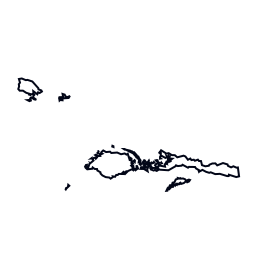 the district of Kavieng District, New Ireland, Papua New Guinea, rotated 342°
{"feature_id": "67681753B13414924819531", "entity_name": "Kavieng District", "entity_type": "district", "adm_level": 2, "iso_a3": "PNG", "parent_name": "Papua New Guinea", "parent_adm1": "New Ireland", "projection": "mercator", "projection_center": [150.489, -2.205], "detail": "fine", "context": "isolated", "style": "outline", "palette": "ink", "viewbox_px": 256, "rotation_deg": 342, "n_neighbors": 0, "source": "geoboundaries", "source_scale": "gbopen_adm2", "svg_char_len": 6009}
<svg xmlns="http://www.w3.org/2000/svg" viewBox="0 0 256 256"><g transform="rotate(342 128 128)"><path d="M99.7,144.1L97.5,141.7L95.3,142.7L94.6,143.5L95.6,144.5L94.0,144.7L93.0,143.8L93.0,146.0L89.7,145.1L89.6,146.3L88.0,147.2L87.9,146.1L86.3,145.9L84.7,147.2L85.1,148.3L80.3,150.2L77.6,153.7L77.0,153.2L77.7,152.0L76.8,151.1L77.4,150.3L76.6,150.2L75.2,151.5L75.4,152.8L76.5,154.7L81.4,155.7L82.2,154.6L83.6,156.6L85.9,157.5L85.7,158.9L88.1,161.6L87.8,162.8L89.0,165.2L91.6,167.8L95.0,169.4L95.8,170.8L98.6,170.0L98.6,169.3L100.6,170.4L102.3,169.0L103.7,169.5L105.0,168.8L108.7,170.1L108.4,169.2L110.3,168.3L110.9,169.2L111.3,168.4L111.1,169.8L113.0,168.6L113.8,169.0L111.0,170.1L111.2,170.7L114.8,168.9L120.5,168.3L120.9,166.8L120.1,166.7L119.6,165.2L120.3,165.4L120.3,162.9L121.9,158.2L120.9,157.0L119.7,159.8L119.8,152.4L118.3,152.8L117.0,151.2L113.3,150.8L110.1,148.0L104.4,146.6L103.6,145.0L99.7,144.1ZM220.3,199.5L219.0,199.3L216.4,197.0L213.9,197.3L211.4,194.9L211.4,193.4L207.5,190.7L201.3,191.1L200.2,188.7L197.3,187.8L194.0,188.1L193.2,188.9L189.7,188.3L186.9,186.2L187.2,182.0L185.3,181.3L184.7,179.7L181.5,179.8L180.8,178.5L178.4,178.1L177.8,176.3L175.2,176.7L173.8,172.8L172.3,171.5L165.8,171.1L164.1,168.3L161.4,167.4L158.9,164.5L156.6,164.2L152.6,159.4L151.4,160.4L151.6,161.8L150.2,165.1L151.4,164.9L154.3,168.0L156.3,167.7L156.2,166.8L157.2,167.9L158.0,166.8L158.8,168.2L158.4,168.7L156.9,169.0L156.5,168.9L156.3,170.1L156.7,170.5L157.7,169.7L160.6,170.9L157.5,172.0L159.1,172.7L156.7,172.9L156.0,172.3L154.9,173.2L154.1,172.0L153.1,173.0L153.4,174.0L152.5,173.4L151.6,174.1L151.3,176.2L146.1,173.3L143.5,175.4L145.4,177.5L153.4,180.7L162.1,178.9L161.5,177.8L163.6,179.6L167.4,180.4L168.5,179.8L172.8,184.3L173.9,183.8L179.7,185.8L180.2,187.5L183.6,191.3L185.8,190.8L188.7,193.8L191.4,195.7L193.0,195.7L196.7,198.8L201.2,200.0L207.5,204.4L208.9,204.8L209.5,203.6L215.8,208.1L218.7,208.3L220.3,199.5ZM45.6,50.9L42.3,48.1L39.4,47.7L39.3,51.5L37.7,52.6L37.3,54.8L35.7,57.0L36.5,59.0L39.6,60.0L42.1,63.1L46.6,66.2L48.8,65.9L49.3,63.7L52.2,67.9L53.5,66.3L54.8,67.4L57.4,66.7L57.2,65.5L54.8,63.6L55.0,62.4L51.4,54.2L47.3,51.2L45.6,50.9ZM159.9,190.9L159.7,191.7L157.5,191.7L155.5,193.9L153.5,193.8L152.0,195.9L150.2,195.4L147.4,198.4L148.3,199.0L151.1,197.4L152.5,197.9L153.1,197.0L154.6,197.0L153.5,196.1L154.2,195.4L155.0,196.5L156.3,196.1L156.8,196.9L157.2,196.2L159.1,197.3L160.7,197.2L160.7,196.5L159.2,196.6L161.0,196.2L161.5,197.6L164.1,197.6L166.9,196.5L167.5,197.9L169.5,197.7L170.9,196.6L170.0,195.9L166.8,196.0L166.5,194.5L164.9,193.1L161.7,192.2L159.9,190.9ZM78.3,78.7L78.1,76.7L76.3,75.4L75.9,78.6L72.3,77.5L71.9,78.0L73.1,79.4L72.1,80.4L74.3,81.4L74.8,79.6L80.8,81.1L82.7,79.5L80.3,80.0L78.3,78.7ZM131.2,170.0L128.1,169.5L127.4,170.8L130.5,171.9L133.3,175.2L133.4,173.6L135.0,171.2L132.2,171.2L131.2,170.0ZM137.5,173.2L136.9,174.5L139.3,176.4L140.3,176.2L142.1,177.7L144.7,177.0L141.0,174.2L137.5,173.2ZM146.4,172.6L145.0,170.5L142.2,171.7L143.2,174.9L146.4,172.6ZM135.7,168.6L134.0,164.3L131.9,165.9L132.2,167.0L133.7,167.3L135.1,168.9L135.7,168.6ZM127.8,156.3L126.3,152.9L124.5,152.2L126.2,156.5L126.9,157.2L127.8,156.3ZM128.6,160.4L129.2,160.1L129.0,158.3L127.7,157.1L126.8,157.3L126.8,158.5L128.6,160.4ZM47.1,69.4L44.8,69.1L44.4,69.5L45.9,69.4L47.6,71.8L49.5,72.8L47.1,69.4ZM129.3,164.6L129.7,162.8L128.6,161.9L127.5,164.0L129.3,164.6ZM123.0,150.2L119.2,147.9L123.1,151.8L123.0,150.2ZM44.2,71.1L41.0,70.4L42.6,72.0L44.1,71.9L44.2,71.1ZM138.1,168.0L137.0,168.3L137.2,169.8L138.8,169.0L138.1,168.0ZM121.7,169.1L121.2,168.5L119.3,168.9L120.1,170.0L121.7,169.1ZM125.0,169.4L124.9,167.1L124.4,166.9L123.8,168.5L125.0,169.4ZM123.9,169.2L121.9,169.2L122.2,170.5L124.0,169.8L123.9,169.2ZM133.5,164.3L133.2,163.8L131.5,165.1L131.0,166.4L133.5,164.3ZM124.3,160.6L123.1,161.1L123.9,162.5L124.5,161.2L124.3,160.6ZM54.3,164.8L53.6,163.6L52.6,165.6L54.3,164.8ZM146.1,199.8L146.8,198.9L146.7,197.9L145.1,199.6L146.1,199.8ZM123.9,151.0L123.3,152.0L124.1,152.7L124.5,151.4L123.9,151.0ZM141.2,169.1L142.4,169.1L142.1,168.3L141.2,169.1ZM108.3,141.6L108.5,140.8L107.7,140.1L107.3,140.8L108.3,141.6ZM128.5,166.9L128.8,166.0L128.4,165.4L127.9,166.1L128.5,166.9ZM146.5,171.2L147.0,170.7L146.0,170.2L145.9,170.6L146.5,171.2ZM157.0,170.5L158.4,170.4L157.7,169.9L157.0,170.5ZM136.8,167.0L137.8,165.5L137.8,165.4L136.7,166.2L136.8,167.0ZM146.1,168.4L146.1,167.7L145.5,167.5L145.3,168.3L146.1,168.4ZM47.6,68.6L49.2,67.5L48.9,67.0L47.6,68.6ZM137.9,170.4L137.2,171.1L138.0,171.0L137.9,170.4ZM129.6,166.6L130.8,166.7L129.6,166.6ZM119.0,147.9L118.4,147.0L117.5,146.7L118.1,147.5L119.0,147.9ZM44.5,65.3L43.6,65.2L44.6,65.9L44.5,65.3ZM132.1,168.7L132.4,168.0L132.1,167.7L131.6,168.2L132.1,168.7ZM150.6,161.9L150.9,160.9L150.7,160.7L150.1,161.2L150.6,161.9ZM90.5,142.1L91.4,142.5L91.5,142.2L90.5,142.1ZM121.8,163.5L121.6,162.6L121.0,163.4L121.8,163.5ZM89.6,143.9L89.1,143.5L88.5,143.6L88.9,144.1L89.6,143.9ZM137.7,172.6L138.5,172.7L138.3,172.2L137.7,172.6ZM121.2,166.5L121.3,165.8L120.7,165.6L120.6,166.0L121.2,166.5ZM132.7,170.4L133.0,169.9L132.8,169.5L132.3,169.7L132.7,170.4ZM149.0,167.0L149.7,167.1L149.2,166.4L149.0,167.0ZM162.6,192.3L162.2,191.8L161.5,192.0L162.6,192.3ZM135.5,170.4L136.1,170.1L135.7,169.9L135.5,170.4ZM50.6,166.6L51.4,166.1L51.5,165.9L50.8,165.9L50.6,166.6ZM109.6,169.7L109.4,169.1L108.8,169.7L108.9,169.8L109.6,169.7ZM155.2,197.1L155.7,196.6L155.1,196.7L155.2,197.1ZM148.7,172.0L149.3,172.0L149.1,171.4L148.7,172.0ZM50.2,166.9L49.2,166.6L49.9,167.2L50.2,166.9ZM145.1,168.2L144.9,167.6L144.3,167.4L144.3,167.5L145.1,168.2ZM83.6,145.6L84.1,145.7L84.2,145.4L83.6,145.6ZM156.9,168.7L158.0,168.5L158.1,168.4L156.9,168.7ZM71.4,80.7L72.0,80.4L71.5,80.0L71.4,80.7ZM80.1,148.3L80.9,148.2L80.1,148.3ZM182.0,191.6L182.6,191.3L182.0,191.2L182.0,191.6ZM157.5,197.1L157.2,197.3L158.1,197.0L157.5,197.1ZM139.9,168.6L140.4,168.6L140.0,168.3L139.9,168.6ZM129.4,161.0L129.2,160.4L128.7,160.6L129.4,161.0ZM92.9,141.1L93.4,140.8L92.8,140.9L92.9,141.1Z" fill="none" stroke="#020617" stroke-width="2"/></g></svg>